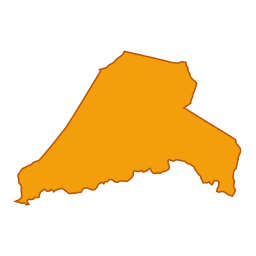 Ourém, Pará, Brazil
{"feature_id": "56859067B89824536702228", "entity_name": "Ourém", "entity_type": "district", "adm_level": 2, "iso_a3": "BRA", "parent_name": "Brazil", "parent_adm1": "Pará", "projection": "orthographic", "projection_center": [-47.142, -1.488], "detail": "fine", "context": "isolated", "style": "filled", "palette": "amber", "viewbox_px": 256, "rotation_deg": 0, "n_neighbors": 0, "source": "geoboundaries", "source_scale": "gbopen_adm2", "svg_char_len": 2476}
<svg xmlns="http://www.w3.org/2000/svg" viewBox="0 0 256 256"><path d="M18.0,174.7L18.1,176.9L18.7,179.1L18.7,181.3L19.0,183.4L20.6,184.5L21.3,186.4L21.4,188.5L21.1,190.5L21.6,192.5L21.7,196.2L21.0,198.0L19.4,199.7L15.4,201.3L17.2,201.8L19.3,202.2L20.7,203.2L22.9,203.1L24.9,203.1L26.2,204.7L28.9,204.4L27.7,202.7L27.1,201.0L28.4,199.3L31.1,199.6L33.5,199.0L35.3,197.4L38.8,197.5L39.5,194.6L40.4,192.3L42.5,190.4L44.8,189.2L47.0,191.3L49.8,191.0L50.9,189.3L52.5,190.2L53.7,191.9L55.5,190.3L57.2,189.7L59.5,188.9L62.1,188.4L64.8,190.2L66.7,191.8L68.9,193.4L71.0,193.6L73.1,193.0L75.6,193.3L77.7,192.5L80.9,192.3L82.7,189.6L84.7,187.8L88.1,188.3L91.1,189.6L92.9,189.9L94.7,189.6L96.9,187.6L97.6,185.5L99.4,183.5L102.0,182.4L103.8,183.8L104.8,181.7L107.3,181.8L109.1,179.8L111.2,179.6L113.2,180.3L114.5,181.8L117.5,182.4L120.2,180.9L123.6,181.0L126.4,181.4L128.8,180.4L130.3,178.7L132.0,177.4L133.2,175.3L133.3,172.0L134.5,170.6L136.4,171.3L139.0,171.6L141.9,170.4L142.9,172.1L145.6,171.4L147.5,170.2L149.8,168.3L151.9,172.0L154.1,173.5L156.6,173.1L158.4,173.1L160.5,173.2L162.9,171.7L166.3,170.8L169.0,169.0L169.3,166.4L168.3,163.2L167.9,161.2L169.1,159.6L173.3,161.2L175.2,160.2L177.0,159.8L179.2,160.2L181.5,160.7L183.9,161.1L186.0,162.1L187.3,163.5L189.4,164.0L191.9,165.5L193.8,166.6L194.7,168.9L196.0,170.8L197.4,172.6L198.6,174.3L200.5,176.2L201.1,178.6L202.3,180.5L203.1,182.9L205.1,182.7L207.3,182.8L209.0,181.8L210.1,183.7L212.3,184.7L213.5,182.3L214.7,180.7L216.7,180.7L218.5,181.5L218.9,183.5L218.5,186.3L217.2,188.9L216.8,191.4L219.3,192.2L222.0,191.4L224.4,192.0L225.9,193.1L228.0,194.5L229.9,195.3L232.3,196.2L234.1,193.4L234.8,191.8L235.5,190.0L233.6,186.8L233.9,184.2L234.6,181.5L233.5,179.1L233.0,177.1L233.5,172.4L234.3,170.2L236.1,168.7L236.7,165.4L237.8,160.9L238.6,156.3L239.6,154.1L240.6,151.3L240.2,148.2L237.7,145.3L236.4,143.7L235.6,139.8L233.2,138.1L204.9,120.8L183.9,107.7L190.7,103.3L191.0,100.4L191.7,98.7L192.6,96.9L192.5,94.7L194.2,91.7L196.8,83.6L195.7,82.0L194.0,80.7L192.1,78.8L190.2,76.5L189.6,73.6L188.2,71.1L187.8,67.5L186.3,65.7L185.9,62.3L181.5,61.8L177.8,63.2L171.5,62.4L155.8,58.5L124.3,51.3L122.5,54.9L118.2,58.0L116.2,59.5L115.0,61.1L112.3,63.5L110.1,64.3L107.8,66.2L106.5,67.7L103.9,68.4L101.5,69.2L99.5,69.6L100.5,71.2L75.2,113.0L66.3,127.1L51.0,146.4L40.5,158.8L38.3,160.9L35.9,161.3L33.2,162.6L30.9,164.7L27.7,166.0L25.2,167.4L22.8,168.4L21.0,170.2L19.9,172.6L18.0,174.7Z" fill="#f59e0b" stroke="#b45309" stroke-width="1.5"/></svg>